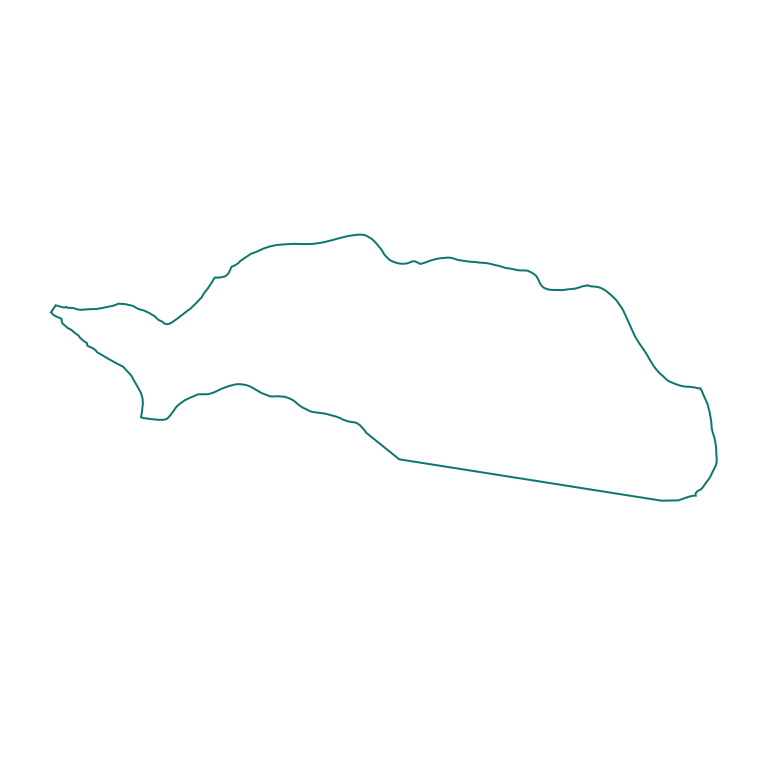 the district of Cazuca, Micoud, Saint Lucia, rotated 173°
{"feature_id": "8701671B6383069893931", "entity_name": "Cazuca", "entity_type": "district", "adm_level": 2, "iso_a3": "LCA", "parent_name": "Saint Lucia", "parent_adm1": "Micoud", "projection": "albers", "projection_center": [-60.905, 13.8], "detail": "fine", "context": "isolated", "style": "outline", "palette": "teal", "viewbox_px": 768, "rotation_deg": 173, "n_neighbors": 0, "source": "geoboundaries", "source_scale": "gbopen_adm2", "svg_char_len": 6078}
<svg xmlns="http://www.w3.org/2000/svg" viewBox="0 0 768 768"><g transform="rotate(173 384 384)"><path d="M70.5,341.0L73.3,341.7L74.5,342.1L75.7,342.6L78.5,343.4L78.9,343.4L79.8,343.6L81.7,344.1L84.0,344.5L85.8,344.8L87.5,345.4L88.9,345.8L90.6,346.5L92.5,347.4L96.1,349.2L99.9,351.4L101.1,352.3L102.3,353.2L103.4,354.4L104.7,355.9L105.9,357.5L108.5,360.4L109.2,361.2L110.6,363.3L112.4,365.9L113.9,368.6L116.4,373.7L117.7,376.8L118.6,379.1L122.0,386.4L122.8,387.8L125.1,392.0L126.4,394.8L126.8,395.7L127.7,397.6L129.0,400.5L130.4,404.7L131.1,407.2L131.5,408.3L133.0,413.4L133.3,414.5L133.6,415.1L135.7,422.0L136.8,425.3L137.5,427.4L138.0,428.8L138.6,430.2L139.9,432.7L141.1,434.7L142.2,437.1L143.2,438.8L145.0,441.3L145.9,442.3L147.4,444.0L148.5,445.4L150.1,447.1L151.1,448.1L151.8,448.9L153.9,450.7L156.1,452.3L156.9,452.8L158.2,453.4L160.2,454.3L161.5,454.6L163.1,455.0L164.3,455.3L165.2,455.4L166.9,455.8L170.2,457.3L171.3,456.9L173.6,456.9L175.0,456.8L177.1,456.3L179.4,455.9L181.7,455.5L182.7,455.4L184.6,455.4L186.5,455.5L194.7,455.5L195.2,455.5L195.6,455.5L197.9,455.8L202.1,456.4L203.5,456.6L206.1,457.0L208.6,457.6L209.1,457.7L210.5,458.3L211.9,459.0L213.6,460.1L214.1,460.5L214.8,461.3L215.5,462.2L216.0,463.0L216.5,464.0L217.0,465.4L218.3,469.4L218.8,470.5L219.4,471.9L220.2,473.2L220.8,473.9L221.4,474.5L222.8,475.8L225.4,477.6L227.1,478.6L228.2,479.1L230.0,479.5L231.9,479.7L232.4,479.8L235.1,480.2L237.5,480.7L239.0,481.2L241.0,482.0L242.8,482.6L248.5,484.2L249.4,484.5L251.7,485.5L254.3,486.7L255.1,487.1L258.7,488.3L264.3,490.5L266.8,491.3L269.4,491.9L273.2,492.6L278.5,493.9L282.8,494.7L285.6,495.4L291.2,496.9L293.8,497.6L295.5,498.2L297.6,499.1L300.6,500.5L301.7,500.9L302.6,501.2L304.2,501.5L305.8,501.7L310.9,501.9L313.8,501.9L316.3,501.8L319.7,501.4L320.1,501.3L320.7,501.2L323.2,500.8L326.3,500.0L330.0,499.2L332.6,498.8L333.0,498.7L333.4,498.8L338.0,501.8L340.2,502.2L341.1,502.3L341.5,502.2L344.4,501.3L346.6,500.9L349.2,500.9L350.6,501.0L351.6,501.2L353.3,501.5L354.9,502.0L356.8,502.7L359.3,503.9L361.0,504.9L361.8,505.4L363.1,506.3L365.0,508.5L367.2,511.4L367.5,511.9L368.2,513.1L368.9,515.0L369.5,516.2L370.6,518.5L372.3,521.0L374.5,524.5L376.2,526.8L377.0,527.9L377.8,528.7L379.1,530.1L380.3,531.0L382.3,532.5L383.2,533.1L384.4,533.9L385.3,534.2L386.3,534.5L387.7,534.9L389.4,535.1L391.1,535.3L392.6,535.4L400.1,535.3L404.3,535.0L409.4,534.3L412.4,533.9L413.0,533.9L417.1,533.2L422.9,532.5L423.8,532.3L427.5,532.0L429.2,531.9L436.0,531.7L437.0,531.7L439.7,531.9L442.8,532.2L446.2,532.6L450.2,533.2L453.6,533.7L457.6,534.2L460.0,534.4L462.3,534.5L465.5,534.7L466.0,534.7L468.5,534.9L470.4,534.9L472.6,535.0L476.3,534.9L482.0,534.2L482.5,534.0L485.0,533.6L487.5,533.0L493.0,531.2L496.7,530.2L499.0,529.7L499.9,529.6L511.3,523.8L511.8,523.5L513.0,522.4L513.7,521.9L515.8,520.7L517.3,520.0L519.7,519.3L520.7,519.0L521.1,518.7L521.4,518.4L522.4,516.6L523.8,514.3L525.0,512.7L525.4,512.3L526.5,511.5L528.1,510.5L529.2,510.1L531.7,509.8L534.6,509.7L536.5,509.9L536.9,510.0L537.8,510.2L538.2,510.2L539.2,510.1L542.2,506.2L547.9,499.6L550.4,497.3L552.6,494.8L554.7,491.9L556.7,490.5L561.3,486.6L567.5,482.0L570.0,480.8L575.2,477.6L581.2,474.1L586.2,471.4L589.4,470.0L591.8,469.7L594.3,470.6L597.1,473.4L599.6,474.7L602.1,477.5L603.3,479.2L606.7,481.7L607.8,482.7L613.1,486.1L618.1,488.1L620.4,489.6L623.5,492.1L627.4,493.5L631.1,494.8L637.7,496.1L639.6,495.5L643.3,494.7L655.3,493.7L660.3,493.5L666.3,494.1L676.0,494.6L678.8,495.2L683.0,497.2L684.1,497.5L688.5,498.1L689.9,499.2L692.2,498.8L700.3,502.1L705.3,496.2L705.9,495.7L703.4,492.6L700.4,490.5L697.4,488.9L696.0,487.6L696.3,486.0L695.8,483.3L691.1,478.1L688.2,476.2L683.3,471.1L681.7,469.9L680.1,467.0L677.3,463.8L673.9,460.8L673.9,459.3L673.4,457.9L668.9,455.2L666.1,452.7L665.1,450.7L653.9,442.1L646.5,436.8L640.7,432.8L636.8,427.3L634.1,423.7L626.2,404.6L625.9,401.9L625.4,398.7L625.5,397.6L625.7,394.1L627.6,386.1L629.2,380.6L628.0,380.0L626.0,379.3L620.5,377.8L618.3,377.3L616.0,376.8L613.2,376.2L612.5,376.0L610.6,375.7L608.5,375.5L607.0,375.4L605.7,375.5L604.9,375.5L604.4,375.7L603.5,376.0L602.1,377.1L600.6,378.3L599.7,379.2L597.9,381.1L596.6,382.4L594.1,385.3L593.3,386.1L592.6,386.8L591.4,387.7L588.3,389.7L585.6,391.1L583.4,392.3L582.4,392.6L577.8,394.1L574.5,395.0L571.4,396.0L570.8,396.1L569.9,396.3L568.7,396.3L567.8,396.2L564.7,395.8L562.9,395.7L560.9,395.4L559.5,395.4L559.1,395.5L557.5,395.6L555.1,396.1L553.5,396.5L550.3,397.5L545.7,399.1L543.2,399.7L538.5,400.8L536.5,401.1L533.8,401.4L531.8,401.7L530.4,401.7L528.1,401.5L526.7,401.3L525.8,401.1L522.1,400.1L520.6,399.6L519.4,399.0L518.3,398.5L517.1,397.8L516.2,397.2L515.5,396.6L513.6,395.3L511.3,393.5L508.6,391.4L506.8,390.1L505.1,389.1L499.1,386.0L498.3,385.6L497.4,385.4L496.5,385.2L494.1,385.0L492.1,384.9L490.2,384.7L485.5,383.7L484.2,383.4L483.3,383.0L481.5,382.2L479.5,381.1L477.0,379.5L475.5,378.3L474.3,377.1L473.0,375.6L471.4,373.9L469.8,372.4L468.6,371.3L467.5,370.5L466.3,369.7L464.2,368.4L461.6,366.6L459.9,365.6L459.3,365.4L457.7,364.8L449.1,362.6L446.1,361.8L445.0,361.4L441.4,359.9L439.8,359.2L438.2,358.6L434.6,357.1L431.9,355.6L429.6,354.0L428.6,353.4L426.5,352.4L424.2,351.3L422.8,350.8L421.7,350.5L420.1,350.0L418.7,349.7L417.3,349.3L416.8,349.1L415.8,348.5L414.7,347.7L414.3,347.3L412.6,345.6L412.1,344.9L410.5,342.7L409.1,340.7L408.3,339.2L407.7,337.9L378.1,307.4L122.9,234.4L106.0,232.6L95.1,235.0L91.4,235.4L88.2,235.2L88.3,235.7L88.3,236.1L88.2,236.9L88.0,237.4L86.8,238.8L86.1,239.3L85.7,239.5L84.8,239.9L84.4,240.0L83.1,240.5L82.3,240.8L81.9,241.1L80.4,242.4L79.6,243.2L77.4,245.8L76.1,247.0L72.6,250.7L71.6,252.0L70.8,253.2L68.6,256.7L65.9,260.7L64.3,263.3L64.1,263.7L63.6,265.4L63.2,266.9L63.0,268.3L62.8,270.4L62.7,273.0L62.3,277.7L62.3,279.6L62.2,280.1L62.1,281.5L62.2,284.5L62.3,286.2L62.5,289.6L62.7,290.5L63.0,292.4L63.2,293.3L63.3,294.3L63.7,296.3L63.9,297.7L64.1,299.7L64.1,300.8L63.8,306.1L63.9,309.8L64.1,312.9L64.2,315.9L65.1,322.8L65.4,324.9L66.0,327.0L66.8,329.5L68.4,334.6L69.2,337.8L69.4,338.7L69.7,339.2L70.8,340.7L70.5,341.0Z" fill="none" stroke="#0f766e" stroke-width="2"/></g></svg>